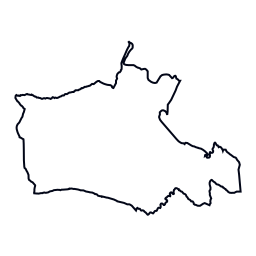 Bumba, Équateur, Democratic Republic of the Congo (Robinson projection)
{"feature_id": "63176286B7674321742221", "entity_name": "Bumba", "entity_type": "district", "adm_level": 2, "iso_a3": "COD", "parent_name": "Democratic Republic of the Congo", "parent_adm1": "Équateur", "projection": "robinson", "projection_center": [22.644, 2.675], "detail": "fine", "context": "isolated", "style": "outline", "palette": "ink", "viewbox_px": 256, "rotation_deg": 0, "n_neighbors": 0, "source": "geoboundaries", "source_scale": "gbopen_adm2", "svg_char_len": 5769}
<svg xmlns="http://www.w3.org/2000/svg" viewBox="0 0 256 256"><path d="M128.4,41.3L128.9,42.5L129.3,43.0L129.5,43.7L129.4,44.6L129.1,46.2L128.4,47.1L127.0,49.8L125.2,54.0L123.2,58.4L121.5,62.7L121.4,63.7L121.7,66.1L121.6,68.9L121.4,69.6L120.9,70.0L120.8,70.9L120.0,72.0L119.7,72.3L118.8,72.4L117.4,73.9L116.8,75.6L116.6,76.8L117.1,78.6L116.0,80.6L116.0,83.1L113.4,88.0L112.7,87.8L112.1,87.2L111.9,86.2L110.6,85.2L107.3,84.8L105.2,84.2L103.5,83.6L100.1,81.9L99.2,81.0L98.0,81.0L96.6,81.7L93.7,84.1L92.1,83.9L89.7,85.8L88.8,85.9L87.8,86.3L87.0,86.4L86.1,86.8L84.5,86.9L83.6,87.7L82.9,87.9L82.5,88.2L81.5,88.1L80.6,89.1L79.1,89.6L78.4,90.2L75.4,90.3L74.7,91.1L74.2,91.3L73.7,92.0L72.4,92.0L70.3,92.5L69.4,92.5L66.9,94.1L65.7,94.0L64.8,94.3L64.1,95.3L63.8,95.5L62.7,95.4L62.3,95.6L61.9,95.7L61.2,96.3L60.3,96.5L58.2,97.6L57.0,98.0L56.3,97.9L55.6,97.6L54.7,97.7L54.5,98.0L52.9,97.2L52.6,97.2L51.5,98.5L50.9,98.6L50.6,98.9L49.7,98.5L47.1,98.0L46.3,98.1L45.3,98.6L44.4,98.2L43.9,98.2L42.0,98.9L40.1,98.0L38.9,97.9L38.3,97.5L36.7,97.5L35.7,96.6L34.7,96.5L33.3,95.6L32.9,95.2L32.4,95.1L31.7,94.6L31.3,95.0L27.5,94.3L27.2,94.0L26.6,94.1L24.6,95.1L22.5,94.9L21.7,95.2L20.7,95.1L20.2,95.9L19.9,96.0L19.0,95.5L18.7,95.8L17.6,95.7L16.4,95.0L15.7,95.7L15.4,97.7L15.5,98.2L17.4,101.3L17.9,101.5L19.4,103.2L19.8,104.0L21.0,105.5L21.8,105.9L23.0,107.2L23.5,108.2L24.7,109.0L23.8,112.2L23.1,113.7L22.4,116.8L21.6,117.9L19.3,122.5L17.6,124.3L16.8,126.1L16.6,127.6L16.7,129.1L17.4,131.7L18.0,133.3L19.6,136.7L19.6,137.3L20.9,137.8L22.5,138.8L23.4,139.2L23.5,139.6L23.7,143.6L23.8,149.1L23.9,160.4L24.3,166.7L24.6,168.0L25.6,168.8L26.6,170.9L27.4,172.2L28.5,174.9L28.6,178.6L29.0,179.8L30.1,180.6L31.1,181.6L32.6,182.3L35.1,185.2L35.2,185.7L34.7,187.5L34.4,189.3L34.4,191.3L34.1,192.5L34.2,193.3L36.5,193.5L38.7,193.6L41.1,193.1L42.7,193.1L43.0,192.8L44.3,192.5L44.9,192.7L45.9,192.8L48.1,192.4L49.9,191.4L52.5,190.9L53.8,190.2L57.4,189.8L59.6,189.9L60.3,190.2L61.6,189.7L62.5,189.7L67.8,189.3L69.1,188.7L69.2,189.0L71.0,188.5L72.4,188.7L73.8,189.0L74.4,188.9L78.0,189.5L80.1,190.1L80.4,190.3L83.5,190.4L86.0,191.5L88.8,192.0L89.8,192.3L92.4,192.6L94.7,193.7L94.6,193.8L95.0,194.1L96.4,194.2L97.0,194.5L98.0,195.7L100.0,196.2L101.7,196.3L101.8,196.8L103.3,196.7L106.6,197.6L107.8,197.7L113.9,199.5L116.9,200.9L117.2,201.3L124.0,202.9L127.2,204.3L129.3,204.3L130.2,204.7L131.8,205.7L136.0,210.5L136.7,208.4L137.5,207.9L138.4,208.8L139.8,208.8L140.1,209.1L140.9,210.4L141.4,210.6L142.8,210.3L143.8,210.8L144.6,211.8L145.7,212.5L147.6,214.7L148.0,214.7L148.7,214.2L150.1,212.5L150.9,212.4L153.0,213.4L153.7,212.7L154.7,211.2L155.3,210.9L156.4,210.9L156.8,210.6L157.8,208.4L158.4,207.8L158.9,207.7L160.2,208.0L160.6,207.3L160.7,206.0L160.4,204.9L160.9,203.8L161.3,203.5L162.1,203.5L162.9,204.0L163.7,205.0L164.3,205.0L164.9,204.4L165.5,202.9L166.0,202.4L167.1,201.7L167.2,200.8L166.8,200.4L166.8,200.0L165.5,199.1L165.3,198.8L165.5,198.3L166.0,197.7L166.7,197.4L167.6,196.4L168.3,195.9L170.2,196.2L170.3,195.7L169.8,193.9L169.9,193.3L170.6,192.5L171.4,192.4L172.8,193.9L173.2,194.1L173.7,194.0L173.9,193.6L173.5,192.1L174.0,189.9L174.7,189.3L175.1,188.5L175.6,188.2L176.7,188.2L178.0,189.0L178.8,189.2L178.9,190.2L179.9,190.4L180.7,191.3L182.0,191.7L183.6,193.6L184.6,193.9L185.4,194.4L186.0,195.1L186.5,196.5L187.6,197.5L188.0,198.6L188.4,199.0L190.3,200.1L191.2,201.4L192.6,201.4L193.3,202.2L193.6,202.8L193.8,204.0L195.0,204.8L195.7,204.8L197.6,205.7L199.3,205.8L200.2,205.7L203.0,203.8L204.7,203.1L209.5,205.2L209.9,204.1L210.6,203.1L210.3,201.4L210.6,199.5L211.2,198.5L209.8,194.9L209.9,193.4L209.5,191.4L209.6,190.6L210.4,189.6L210.5,187.6L209.7,184.6L209.6,182.9L210.1,181.3L210.8,180.4L211.5,179.9L211.9,180.0L213.4,181.5L215.3,182.7L215.6,183.3L216.3,184.0L217.0,184.4L218.5,184.7L220.8,186.2L221.3,186.6L222.3,186.6L222.7,186.8L223.1,187.6L223.7,187.8L224.8,188.8L225.5,189.0L226.2,190.1L226.7,190.4L227.3,190.7L227.9,191.6L228.4,192.0L229.6,192.7L231.4,192.9L232.7,192.8L234.3,192.8L235.6,192.1L236.7,191.6L240.6,191.6L239.1,174.6L238.5,169.6L239.8,164.8L239.1,162.2L236.9,159.6L236.3,158.3L235.6,157.6L233.7,157.0L230.4,154.5L229.9,154.3L228.8,153.2L227.3,152.2L226.5,151.3L225.7,149.7L223.5,149.6L223.3,149.7L222.9,150.8L222.6,149.8L221.2,147.6L220.7,147.2L219.7,146.7L218.7,147.2L218.3,146.4L217.7,145.4L217.0,145.4L216.7,145.2L215.4,142.9L215.0,142.6L214.6,142.8L213.9,144.4L213.9,145.5L213.6,147.3L212.6,148.8L212.5,149.4L213.2,151.0L213.0,152.1L212.5,152.7L212.1,152.8L211.1,152.8L210.3,152.1L209.9,152.2L209.8,152.4L210.0,153.5L209.7,154.3L210.0,155.6L209.8,156.9L209.0,157.6L207.3,157.7L206.9,157.5L206.5,156.9L206.0,155.4L205.5,155.4L205.0,155.8L205.1,155.1L206.2,154.7L206.7,155.3L207.3,155.5L207.6,155.3L207.9,154.5L207.8,154.1L205.0,151.3L203.0,149.8L201.1,148.7L198.2,148.0L198.1,147.8L196.1,147.3L194.2,146.4L192.8,146.2L191.4,145.5L187.3,143.0L185.6,142.8L185.1,143.1L184.6,144.1L183.5,143.3L181.9,143.2L180.7,142.7L178.6,141.3L176.6,139.2L161.5,121.7L160.0,119.7L159.1,117.2L159.2,116.3L159.9,114.6L159.8,112.3L161.1,111.0L162.2,110.3L163.4,110.3L165.3,111.2L166.5,112.6L167.2,114.9L167.6,111.7L167.8,104.6L168.8,103.3L171.2,99.8L175.6,90.5L177.0,86.7L180.1,80.8L179.1,80.8L177.6,79.2L176.4,78.6L175.8,76.3L175.4,75.8L174.6,75.9L174.2,76.2L173.1,77.7L172.1,78.2L169.2,75.0L168.0,74.6L166.3,74.4L164.0,74.6L162.2,75.0L160.5,76.3L156.6,82.6L155.0,83.0L153.1,82.7L151.2,81.9L148.5,79.9L147.7,78.0L147.7,71.3L146.3,69.6L145.2,68.9L144.0,68.9L141.3,69.5L140.1,68.4L138.3,67.7L137.8,67.7L135.9,66.6L134.8,65.7L133.5,65.1L128.1,65.1L126.0,64.9L124.8,64.5L124.0,64.0L123.6,62.9L125.3,58.5L127.3,55.8L128.1,53.7L129.3,51.7L130.8,49.8L132.0,48.7L132.6,47.8L132.7,46.6L132.7,45.1L132.2,44.0L131.3,43.2L129.9,42.6L128.4,41.3Z" fill="none" stroke="#020617" stroke-width="2"/></svg>